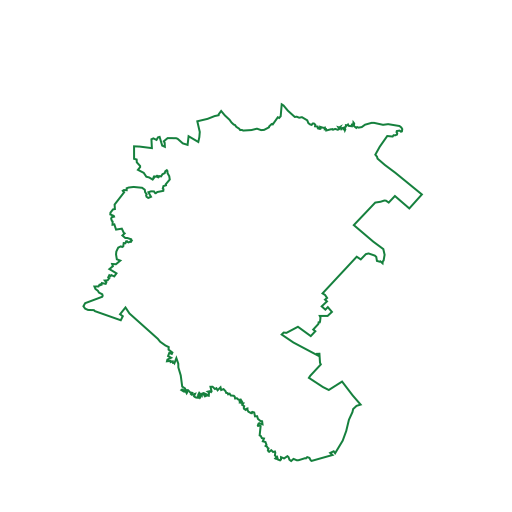 the district of Juárez, Chiapas, Mexico, rotated 114°
{"feature_id": "50627088B99297205497031", "entity_name": "Juárez", "entity_type": "district", "adm_level": 2, "iso_a3": "MEX", "parent_name": "Mexico", "parent_adm1": "Chiapas", "projection": "robinson", "projection_center": [-93.174, 17.701], "detail": "fine", "context": "isolated", "style": "outline", "palette": "green", "viewbox_px": 512, "rotation_deg": 114, "n_neighbors": 0, "source": "geoboundaries", "source_scale": "gbopen_adm2", "svg_char_len": 6133}
<svg xmlns="http://www.w3.org/2000/svg" viewBox="0 0 512 512"><g transform="rotate(114 256 256)"><path d="M123.3,162.6L120.4,175.4L117.6,184.6L116.1,185.8L114.9,188.2L105.8,187.4L93.0,184.9L91.3,179.8L89.7,179.4L89.2,178.0L87.7,176.6L86.4,176.9L85.7,178.0L84.6,178.2L83.0,175.8L83.5,174.1L82.8,173.4L80.6,174.0L79.5,175.5L78.9,177.8L81.8,188.9L84.5,193.3L86.3,202.1L87.3,204.5L91.7,209.8L95.2,211.8L97.0,214.5L97.1,216.1L98.2,216.5L97.4,219.5L95.0,220.2L94.4,221.3L96.1,220.7L96.9,221.9L98.5,221.2L99.4,224.3L98.5,225.4L99.3,225.6L99.9,227.1L101.2,226.5L102.5,227.4L104.0,225.9L105.1,225.9L104.2,226.7L104.6,227.4L103.2,228.1L104.0,229.1L105.2,229.6L104.5,230.1L105.2,231.6L103.7,231.5L104.8,232.3L104.9,233.1L106.0,231.5L107.4,232.6L107.7,235.3L109.3,237.1L108.7,238.5L109.3,237.8L109.6,238.9L112.8,242.9L111.6,243.7L112.3,244.7L110.7,245.3L111.5,246.5L111.9,249.8L113.3,248.8L113.9,249.2L114.1,250.4L113.0,250.1L113.8,251.7L112.7,252.4L113.5,254.8L111.9,255.3L111.4,257.0L111.9,258.1L113.6,258.5L113.8,260.2L113.3,262.2L111.2,264.4L110.5,270.5L112.1,272.8L112.2,275.5L113.2,277.1L110.3,286.0L107.3,292.1L107.0,294.2L118.3,290.3L120.5,291.0L120.4,292.5L128.9,294.2L128.7,294.9L129.1,295.4L132.3,296.7L133.2,296.5L137.5,299.9L138.9,302.5L139.3,306.9L142.8,311.4L146.6,318.7L146.6,320.2L147.4,321.7L146.6,323.0L146.0,326.6L144.9,328.4L145.0,329.8L144.0,332.7L142.3,335.6L140.2,341.7L137.7,346.8L141.7,347.7L142.6,347.4L145.0,350.7L150.4,356.0L156.8,364.4L165.6,357.8L170.5,356.1L175.3,355.1L174.0,366.3L182.3,363.7L182.9,368.7L180.8,375.3L180.9,377.0L184.3,384.7L188.7,386.9L189.7,385.5L193.3,383.7L193.3,386.6L186.4,392.5L187.5,393.8L190.4,394.1L190.3,397.6L191.9,399.0L199.8,395.0L203.4,406.9L205.4,412.0L216.8,406.9L216.4,404.3L218.9,403.0L220.9,398.5L221.9,398.0L225.3,398.9L225.7,392.4L228.2,388.4L227.7,385.7L228.2,381.5L225.8,380.9L225.7,381.6L224.7,381.5L224.1,379.5L223.0,379.1L222.8,378.4L223.9,377.9L223.9,377.2L222.2,376.5L221.9,375.1L219.3,374.7L217.5,373.1L215.4,373.3L213.9,372.4L214.4,371.5L216.3,370.5L218.4,367.7L221.2,365.9L227.1,367.6L228.0,367.0L229.8,369.0L232.3,368.6L232.6,367.7L234.2,367.2L237.7,372.2L239.4,373.1L239.6,373.6L238.5,375.5L239.6,378.2L241.5,380.2L244.6,376.0L246.8,378.1L246.4,380.1L245.2,381.1L244.1,381.0L242.8,383.2L240.7,384.6L240.0,387.8L242.7,395.9L245.2,400.1L246.7,401.7L248.5,400.9L249.5,403.5L250.6,404.2L251.5,402.4L266.5,406.1L270.5,404.0L271.6,405.6L275.6,406.6L277.3,406.0L277.2,402.3L277.8,401.7L279.3,403.6L280.8,403.5L282.5,402.0L282.8,401.0L285.8,399.8L284.7,398.3L288.8,394.6L285.6,389.7L288.6,386.2L288.8,385.2L291.6,386.4L292.7,382.8L291.9,380.8L291.5,377.0L292.2,376.8L292.3,375.8L294.0,376.0L294.5,377.3L295.4,377.9L295.5,379.4L295.0,379.9L295.4,380.6L297.5,380.5L298.0,382.1L301.2,381.2L302.2,381.9L302.2,383.4L304.4,385.3L308.8,385.4L311.5,384.5L315.6,381.8L315.4,378.1L320.5,380.6L321.8,384.2L323.5,382.6L327.6,384.6L328.6,376.4L332.3,377.2L332.3,380.4L333.5,380.7L333.2,382.2L335.6,382.3L335.9,381.0L338.6,381.7L339.9,384.1L341.0,382.0L342.6,382.0L343.3,385.3L344.1,384.6L343.7,385.6L344.5,386.1L345.1,385.5L346.1,386.5L346.0,387.3L347.9,387.5L349.6,391.2L351.4,389.3L352.1,386.3L353.3,384.6L353.5,380.9L354.7,379.9L355.8,379.9L368.6,392.9L372.1,393.2L373.6,390.7L373.6,387.5L371.4,382.1L371.9,380.8L369.7,353.4L365.2,353.2L364.5,356.5L356.1,354.3L360.0,348.2L371.6,312.0L373.3,308.7L374.6,302.3L374.7,298.7L377.1,297.8L378.2,293.1L379.7,293.1L379.8,295.8L383.2,295.6L383.5,292.2L386.7,294.8L388.4,294.5L386.6,291.4L387.6,290.8L386.1,289.2L387.4,288.3L386.9,287.4L387.2,286.9L381.7,287.2L386.0,283.2L389.4,281.6L395.7,276.2L405.3,270.3L405.9,266.9L407.8,265.4L408.2,265.9L408.0,269.2L408.8,269.6L409.2,266.8L408.5,264.8L409.6,263.5L408.8,263.4L406.7,264.7L406.2,263.6L407.4,260.7L407.0,258.8L408.6,259.2L408.9,258.2L406.7,255.6L409.3,255.6L409.6,254.8L409.7,253.1L409.1,251.4L407.8,252.1L407.4,251.7L408.5,249.6L407.7,249.4L406.5,250.2L406.7,251.7L406.2,252.3L404.1,252.2L405.6,248.7L403.7,249.3L402.5,248.1L402.5,244.8L403.4,245.3L403.8,247.3L405.0,245.6L403.2,243.9L402.9,242.3L399.8,243.4L399.5,244.8L398.4,243.4L398.6,241.7L397.8,241.5L394.0,244.4L393.1,242.5L394.2,239.4L392.9,238.4L394.3,236.5L390.4,235.0L392.6,233.3L390.8,231.5L392.0,228.7L393.2,227.6L392.8,226.2L393.7,225.2L392.5,224.1L393.7,222.3L392.7,219.4L393.1,218.3L394.7,217.1L393.7,215.6L394.3,214.1L394.1,212.8L395.4,211.9L393.5,211.4L394.7,209.6L396.3,210.4L395.7,207.7L397.6,208.1L398.0,205.7L399.8,205.4L400.5,204.7L400.8,202.9L399.7,202.8L398.8,201.8L400.2,201.1L401.3,199.7L401.6,196.5L401.3,195.9L400.4,196.3L399.9,195.9L399.7,194.0L402.9,191.7L401.9,189.8L404.0,188.0L404.9,184.9L404.5,183.2L407.1,181.6L407.4,185.0L408.0,185.5L410.1,185.4L410.4,185.0L409.4,183.7L409.5,182.6L418.4,179.7L418.5,178.4L420.0,176.6L419.5,174.5L422.5,174.4L422.1,171.7L424.3,169.6L425.6,170.0L425.8,168.2L426.6,167.3L426.7,166.3L428.6,166.2L429.5,165.0L429.5,164.3L427.2,163.1L428.1,160.7L426.9,159.2L427.8,158.4L430.5,157.6L431.3,155.4L433.1,156.0L433.1,155.1L431.3,154.7L433.0,153.3L432.9,150.9L431.7,150.4L429.6,151.3L429.5,148.0L426.1,145.9L426.5,144.5L428.5,142.6L429.0,140.5L426.1,139.2L426.0,135.5L425.2,134.0L420.8,129.0L420.6,128.1L418.9,127.4L418.7,125.1L420.4,122.9L420.6,121.9L406.7,105.2L405.7,108.1L402.8,105.6L404.0,103.5L389.4,101.7L379.2,102.4L367.8,104.5L359.4,104.4L356.3,105.0L352.0,103.2L349.2,100.0L344.1,110.9L335.7,126.3L348.8,135.0L348.5,141.5L345.8,158.1L343.3,157.7L328.7,152.7L327.5,154.1L319.5,158.3L320.5,160.3L321.7,159.3L321.5,162.3L319.8,186.7L317.3,200.6L314.7,199.6L313.8,196.9L303.6,188.9L306.9,173.4L300.6,171.2L299.9,173.8L292.8,171.4L291.1,171.8L290.7,170.8L290.0,170.8L286.1,172.0L284.8,173.4L281.6,166.2L276.2,163.9L273.5,169.6L276.8,170.8L275.3,175.5L268.6,172.7L267.8,175.2L265.4,174.0L263.5,177.1L263.1,180.0L215.7,163.7L216.5,158.9L209.6,156.4L207.9,154.2L207.3,147.6L207.9,145.8L211.3,143.5L210.9,140.7L210.3,140.3L211.2,137.4L209.4,138.0L208.2,137.6L202.6,139.0L197.9,142.5L195.2,154.7L188.0,179.2L158.7,168.8L155.8,164.3L153.1,161.3L152.6,159.8L153.2,156.5L144.7,153.5L150.2,135.3L132.3,129.5L123.3,162.6Z" fill="none" stroke="#15803d" stroke-width="2"/></g></svg>